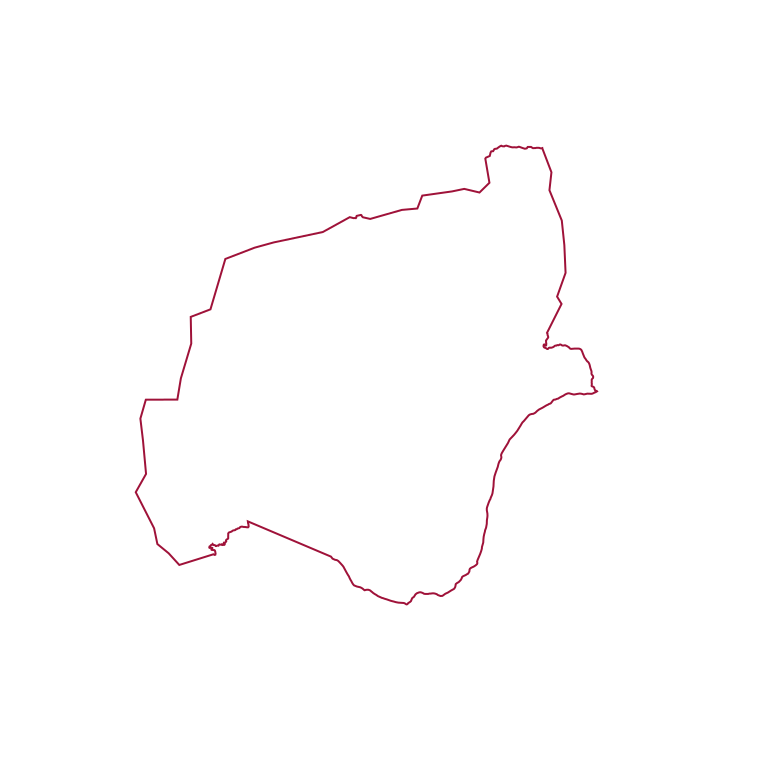 Ceceg, Hovd, Mongolia (Equal Earth projection), rotated 228°
{"feature_id": "93677404B56822963744854", "entity_name": "Ceceg", "entity_type": "district", "adm_level": 2, "iso_a3": "MNG", "parent_name": "Mongolia", "parent_adm1": "Hovd", "projection": "equal_earth", "projection_center": [93.086, 46.341], "detail": "fine", "context": "isolated", "style": "outline", "palette": "rose", "viewbox_px": 768, "rotation_deg": 228, "n_neighbors": 0, "source": "geoboundaries", "source_scale": "gbopen_adm2", "svg_char_len": 6154}
<svg xmlns="http://www.w3.org/2000/svg" viewBox="0 0 768 768"><g transform="rotate(228 384 384)"><path d="M453.4,659.5L453.7,658.8L454.3,658.1L455.7,657.3L457.4,655.5L458.0,654.4L458.7,653.6L459.6,652.5L460.9,652.1L461.8,651.9L464.0,649.4L463.6,647.8L463.9,647.2L464.6,646.1L466.8,644.8L469.1,643.6L470.1,643.0L470.7,641.6L471.2,640.7L472.6,639.4L474.0,637.7L475.6,636.6L479.3,634.4L480.0,633.2L480.2,632.2L481.2,631.4L481.5,631.0L482.6,630.6L482.8,630.1L483.1,628.7L483.3,626.8L483.4,625.4L483.9,624.6L484.4,624.0L484.7,623.1L484.0,620.9L485.1,619.4L484.7,618.1L482.7,615.2L484.0,611.2L483.7,610.1L463.0,597.0L462.4,583.1L475.3,574.2L481.6,563.4L498.4,538.5L492.1,526.2L501.4,513.8L515.9,484.2L522.0,479.9L523.3,479.8L524.6,480.2L525.1,480.0L527.2,476.2L527.0,475.6L526.2,474.7L526.1,474.0L526.7,473.5L527.7,472.3L530.9,470.2L537.9,440.2L563.0,396.8L571.9,379.0L583.1,349.8L555.6,305.0L563.2,285.3L543.0,267.8L524.1,236.8L510.7,220.0L531.7,196.5L521.3,179.8L503.3,167.1L476.4,147.0L469.7,127.1L430.6,116.6L416.7,108.5L402.3,110.7L386.5,110.8L371.6,143.3L370.4,143.7L370.0,144.4L370.6,145.3L372.5,146.5L373.5,146.9L374.2,146.7L374.7,146.1L376.1,144.9L376.4,145.0L376.4,146.1L377.1,146.7L377.6,146.4L378.1,145.7L379.0,144.7L379.6,144.9L380.0,145.7L379.8,146.4L379.9,147.1L380.0,147.5L380.0,147.9L379.7,148.6L379.8,149.6L379.2,149.5L378.6,149.4L378.0,149.9L377.7,150.3L376.9,150.6L376.2,150.5L375.8,150.9L375.6,151.6L375.4,152.2L374.6,152.8L375.0,154.1L374.9,154.4L373.9,155.1L373.6,155.5L372.6,156.0L372.4,156.3L372.7,156.6L372.9,156.7L372.3,157.2L371.8,157.1L371.4,157.5L371.3,157.9L371.4,158.3L371.8,158.5L372.1,158.6L372.3,158.6L372.6,158.3L372.9,158.4L373.2,158.8L373.2,159.1L372.6,159.5L372.3,159.8L372.4,160.4L372.5,160.8L372.6,161.1L372.6,161.4L373.0,161.6L373.4,161.8L373.7,162.4L373.7,163.2L373.5,163.9L373.4,164.5L373.6,165.0L374.2,165.5L375.3,166.5L376.1,167.3L377.0,168.0L377.3,168.6L377.4,169.4L376.6,171.3L376.3,172.1L376.3,173.1L376.1,173.9L375.2,175.3L375.0,175.8L375.2,176.5L374.9,176.9L374.6,177.6L374.6,178.4L374.0,179.5L373.7,180.1L373.9,181.5L373.4,182.6L372.6,183.4L371.9,183.8L371.2,184.6L370.6,185.0L370.2,185.6L369.5,186.0L368.9,186.6L368.4,187.2L368.5,187.7L368.8,188.2L370.0,189.0L370.3,189.3L371.6,189.9L372.4,190.5L373.0,190.9L291.2,229.1L290.0,229.0L288.6,228.9L286.1,230.0L284.7,231.1L283.1,231.6L280.4,231.7L277.0,231.7L275.4,231.6L269.7,230.2L266.5,229.5L264.5,229.2L262.8,228.6L260.5,228.0L259.3,227.8L257.9,227.4L256.4,227.1L255.3,227.0L254.4,227.0L251.7,228.3L248.7,230.4L247.3,230.9L246.1,231.2L244.5,231.4L243.8,231.5L243.4,232.1L243.0,233.0L241.7,234.6L240.3,235.4L239.3,235.7L238.4,235.7L237.7,235.9L236.9,236.0L236.0,236.1L234.0,236.6L232.2,237.2L230.6,237.5L227.9,238.7L226.5,239.3L225.3,240.1L224.1,240.7L222.0,242.0L218.5,243.9L217.1,244.8L215.8,245.7L214.0,246.8L211.9,248.4L208.2,252.0L207.3,252.6L205.7,253.0L205.1,253.3L204.8,253.9L204.8,254.7L205.0,255.3L204.8,256.4L204.6,257.7L204.6,258.7L205.9,261.4L206.0,262.1L205.8,263.8L206.1,264.9L206.6,266.6L206.5,268.4L205.7,270.5L205.1,271.5L204.2,272.2L202.9,272.9L202.3,273.1L201.3,273.4L200.7,273.9L199.7,274.9L198.4,276.4L197.9,277.4L197.0,278.5L195.9,280.1L194.9,281.1L193.9,281.8L192.8,282.4L192.1,282.7L191.5,282.7L190.6,283.1L188.7,284.1L187.6,285.4L187.4,286.1L187.1,289.2L186.2,292.1L186.1,292.9L185.6,295.9L185.0,298.4L184.9,299.3L185.5,301.1L186.5,302.5L187.0,303.0L187.3,303.5L187.2,305.2L187.0,306.0L186.8,307.1L187.0,310.0L187.7,311.9L188.2,312.6L188.3,313.3L188.2,314.2L187.3,317.1L187.2,318.1L186.8,319.5L187.0,320.3L187.5,321.9L188.9,323.5L189.2,324.2L189.2,325.3L188.7,327.2L188.3,328.3L187.9,330.7L187.9,332.3L188.1,333.1L188.8,333.8L189.7,334.3L190.6,335.8L193.4,341.8L194.8,344.4L196.2,346.6L197.3,347.7L199.8,351.7L202.1,354.0L203.9,356.0L205.5,358.2L206.7,360.1L207.6,361.2L208.9,363.7L211.3,366.8L213.9,369.3L215.7,371.5L216.8,372.7L218.6,374.2L221.5,376.0L222.1,376.6L222.8,377.2L223.6,378.4L225.8,382.4L226.9,384.7L227.3,386.0L228.1,387.3L229.3,390.0L230.2,391.5L234.6,396.8L238.6,400.8L241.4,404.2L243.5,407.8L246.3,413.1L247.9,415.4L248.8,417.0L249.3,418.1L249.5,419.4L249.8,420.3L250.3,421.3L251.0,422.2L251.6,422.6L252.1,422.9L252.8,423.4L253.3,424.2L253.8,425.3L254.7,428.1L257.2,436.7L258.7,440.2L259.2,446.8L259.6,449.3L260.0,451.6L261.8,457.9L262.4,459.7L262.8,461.2L262.9,463.2L263.9,470.6L263.7,472.0L263.0,473.5L261.9,475.1L261.4,477.3L261.5,479.8L261.3,482.2L260.3,485.9L259.7,489.1L259.4,490.6L258.9,492.1L258.8,493.0L258.5,493.8L258.1,494.7L258.1,495.4L258.7,498.6L258.7,499.6L257.7,501.1L257.3,502.4L256.6,503.7L256.5,504.4L256.4,505.3L255.8,507.7L255.3,509.3L255.0,511.4L254.6,512.9L253.9,514.5L253.1,515.4L250.2,517.3L249.1,518.1L248.3,519.3L247.4,520.8L245.9,523.1L245.0,523.9L244.2,524.5L242.6,525.5L242.0,526.4L240.8,528.6L237.8,531.7L237.3,532.7L236.8,534.5L236.3,535.8L236.0,537.4L236.6,537.4L237.2,536.9L237.7,536.6L238.6,536.8L239.7,537.2L240.7,537.8L241.4,537.8L242.1,537.6L242.7,537.2L243.2,537.0L243.7,537.0L244.6,538.1L245.2,538.7L245.8,539.0L247.0,540.2L248.0,541.0L248.3,541.4L248.5,542.1L248.6,543.3L249.0,543.9L249.7,544.5L250.4,544.7L251.6,544.7L252.7,545.0L253.3,545.5L253.9,546.2L254.8,546.8L255.5,547.1L256.3,547.4L258.1,548.2L260.4,549.5L261.8,550.1L263.0,550.4L264.1,550.4L264.7,550.2L266.2,550.3L267.9,550.6L269.5,550.7L273.4,552.1L275.6,553.0L277.5,553.5L278.7,553.2L279.5,552.8L280.4,552.0L282.8,549.3L284.6,546.9L285.2,546.3L286.2,545.9L287.5,546.0L289.9,545.3L291.0,544.8L291.7,544.4L292.7,542.8L293.4,542.2L295.1,541.7L295.4,541.4L295.8,540.9L295.9,539.9L296.2,539.4L296.8,539.0L297.1,538.4L297.2,537.8L297.8,537.1L298.1,536.4L298.1,535.1L298.3,534.2L298.9,532.8L299.4,532.1L299.9,531.8L300.3,531.2L300.5,530.7L300.4,529.8L300.4,529.2L300.8,528.7L302.4,528.3L303.7,527.6L304.2,527.5L305.1,527.7L305.6,528.1L306.0,528.6L306.3,529.1L306.2,529.5L305.9,529.8L305.2,529.8L304.6,529.7L304.3,529.8L304.2,530.0L304.3,530.5L305.6,531.8L306.2,532.1L307.9,533.5L308.6,536.8L308.9,537.4L310.0,538.0L311.1,538.4L312.0,539.2L312.9,539.3L324.7,569.5L333.1,571.1L345.1,593.3L366.6,611.0L386.5,625.5L417.3,636.6L429.3,650.1L453.1,659.3L453.4,659.5Z" fill="none" stroke="#9f1239" stroke-width="2"/></g></svg>